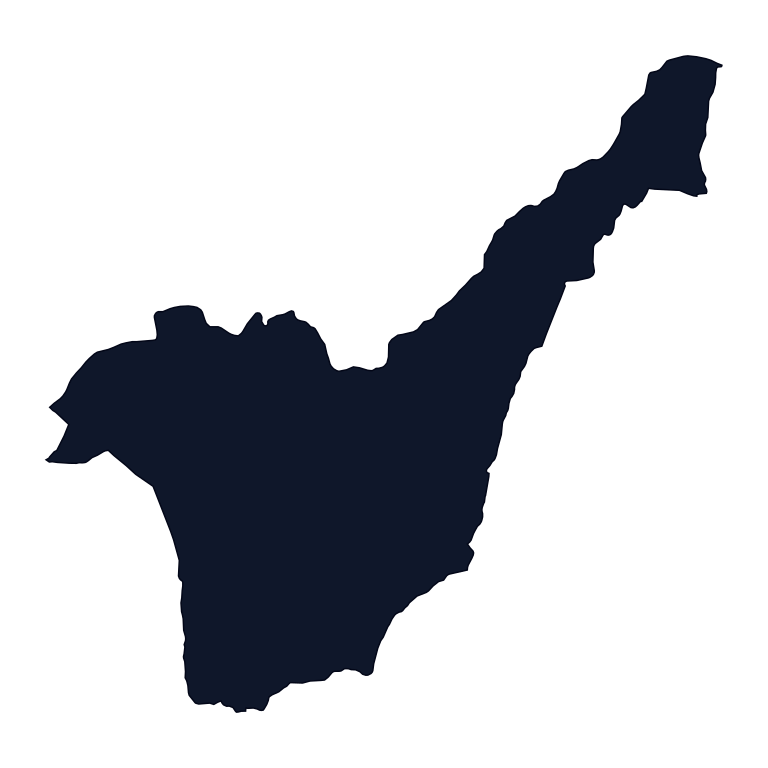 Guachapala, Azuay, Ecuador (Natural Earth projection)
{"feature_id": "8360857B86752754342516", "entity_name": "Guachapala", "entity_type": "district", "adm_level": 2, "iso_a3": "ECU", "parent_name": "Ecuador", "parent_adm1": "Azuay", "projection": "natural_earth1", "projection_center": [-78.692, -2.767], "detail": "fine", "context": "isolated", "style": "filled", "palette": "ink", "viewbox_px": 768, "rotation_deg": 0, "n_neighbors": 0, "source": "geoboundaries", "source_scale": "gbopen_adm2", "svg_char_len": 6068}
<svg xmlns="http://www.w3.org/2000/svg" viewBox="0 0 768 768"><path d="M696.8,196.2L696.8,195.5L697.2,194.5L699.3,193.9L706.3,193.3L706.8,191.7L706.5,189.4L704.5,185.3L704.3,184.1L704.7,182.5L705.4,181.3L705.7,179.4L705.5,177.6L701.6,170.6L700.2,163.2L698.9,157.8L698.6,155.3L698.8,153.6L702.4,142.9L705.6,135.7L705.7,134.6L705.4,130.4L705.6,124.1L707.8,117.5L708.6,101.1L709.5,98.2L712.9,92.3L715.1,84.4L715.6,77.8L715.7,72.8L716.5,68.3L717.6,67.0L721.2,66.7L721.8,66.0L721.9,65.2L717.2,63.4L710.9,60.3L705.8,58.7L696.7,56.8L687.9,55.9L685.5,56.1L683.3,56.4L669.4,60.1L666.9,61.2L662.0,67.5L659.8,69.8L656.6,71.3L651.0,72.5L650.1,73.0L648.8,75.0L646.3,88.1L645.0,93.7L644.6,94.5L638.7,100.3L633.4,104.5L631.3,106.5L622.5,116.8L621.9,117.9L621.5,124.3L620.2,131.8L619.2,134.2L613.6,144.1L610.4,149.1L608.1,151.9L603.1,157.1L600.5,158.9L598.7,159.6L596.9,160.0L592.1,159.7L588.8,160.6L582.9,163.6L577.2,167.4L574.0,168.9L568.4,170.2L565.3,171.6L564.0,173.3L559.6,180.8L558.4,183.6L557.1,188.3L555.7,191.5L553.9,194.2L550.5,196.7L543.9,200.1L542.3,201.3L540.3,204.2L537.6,206.1L534.3,206.4L531.8,205.6L530.4,205.5L528.3,205.7L525.5,206.8L523.1,208.3L519.4,211.6L515.0,216.1L506.7,220.4L505.2,222.7L503.8,226.1L500.8,228.7L498.8,229.7L497.0,231.2L494.8,233.8L494.2,235.0L492.7,239.9L491.8,241.7L489.5,245.6L486.8,251.5L484.5,254.6L484.1,268.2L481.2,272.0L477.8,274.2L473.7,276.3L471.3,278.5L465.5,285.1L459.4,290.9L456.4,295.0L451.4,300.5L438.5,309.6L436.6,312.4L434.6,316.8L432.4,318.9L429.5,320.4L424.5,321.7L423.6,322.2L417.6,329.6L413.5,331.9L402.5,334.5L397.9,335.2L391.8,339.5L389.5,342.6L388.8,344.4L388.5,357.0L387.0,363.0L384.5,366.0L382.5,367.3L378.8,368.3L376.1,368.4L373.6,370.0L372.4,370.6L371.2,370.7L367.7,370.3L359.5,367.8L353.4,366.9L346.6,369.8L338.9,371.3L336.7,370.7L333.5,368.8L331.1,366.1L329.9,363.8L328.4,358.2L326.8,353.8L324.7,344.4L320.7,338.9L317.6,332.9L315.1,328.8L313.7,327.7L310.5,326.8L308.1,324.1L305.9,322.2L304.5,321.7L300.2,320.8L297.8,319.9L296.3,318.8L294.5,316.0L293.8,312.4L293.3,311.5L291.5,310.9L289.3,311.7L285.0,314.0L282.8,314.7L276.9,315.7L274.4,317.2L270.3,319.0L268.5,320.2L267.8,321.7L267.9,323.8L267.4,325.0L266.4,325.8L265.5,325.9L263.9,325.4L261.6,321.5L261.9,317.3L261.4,315.8L260.5,314.2L259.5,313.2L257.7,312.9L256.1,313.2L255.0,314.3L247.4,323.7L242.9,331.4L241.5,333.3L238.3,335.9L234.4,335.4L231.1,334.3L228.8,333.1L221.2,328.0L218.1,326.8L209.9,326.8L206.2,323.3L204.8,319.9L202.3,312.2L200.7,309.8L197.0,307.4L193.4,306.6L188.4,306.0L180.3,306.4L174.3,307.5L170.1,308.7L162.9,311.7L158.2,311.7L156.4,312.6L155.3,314.0L154.4,315.8L154.4,317.5L156.9,330.2L157.3,334.8L156.9,337.6L156.4,339.1L155.0,340.0L152.4,340.4L136.5,341.7L132.2,341.7L125.9,342.9L121.1,344.1L113.7,347.4L108.3,349.5L97.3,352.2L94.4,354.0L89.4,358.4L86.0,361.9L81.2,367.9L76.4,373.0L71.5,379.0L69.5,383.0L66.9,389.5L65.7,391.9L62.9,396.0L60.2,398.8L54.3,403.2L49.7,407.3L52.8,410.4L55.6,412.1L68.8,424.4L64.1,436.0L57.0,450.1L56.4,450.7L54.2,451.8L49.6,457.0L48.9,458.2L46.1,459.8L49.3,462.0L52.2,461.7L57.3,462.4L69.5,463.2L76.3,463.3L79.1,462.7L82.5,462.8L85.0,462.5L86.3,462.0L88.5,460.5L92.0,457.6L97.4,455.2L103.4,451.6L105.2,450.8L108.3,450.3L114.0,455.6L126.2,465.6L135.7,474.3L153.1,486.3L170.6,531.2L173.6,539.8L179.3,560.4L178.5,576.0L179.4,578.4L180.6,579.9L182.1,580.9L182.8,582.2L182.8,585.9L182.2,590.8L181.8,597.8L181.0,602.9L181.6,611.7L182.5,615.1L183.2,618.8L183.7,630.3L185.5,636.6L185.7,638.9L185.5,640.8L184.2,644.6L184.9,647.0L184.1,653.9L183.5,656.4L183.6,658.0L184.8,661.6L185.5,671.5L185.2,677.8L186.7,680.7L187.1,682.2L187.9,685.5L188.5,692.7L189.2,695.3L195.1,702.7L195.8,703.2L198.7,704.0L209.7,703.1L213.8,704.4L217.5,702.3L221.0,700.9L222.1,703.1L223.5,704.8L226.5,706.2L229.3,706.1L233.0,707.5L235.6,711.4L236.4,712.1L238.1,712.0L241.3,711.2L245.6,711.1L245.7,709.4L246.1,708.0L247.9,708.3L253.3,708.0L257.3,709.0L259.5,710.1L261.3,710.4L263.2,710.1L264.1,708.9L266.7,704.5L268.3,700.4L268.8,697.5L269.5,696.6L272.1,694.8L278.8,691.8L283.6,687.9L286.7,686.2L289.1,683.5L290.3,682.6L302.6,683.0L310.0,681.0L320.9,680.4L324.6,680.0L328.3,677.0L331.9,672.7L333.1,671.8L334.4,671.3L339.7,671.2L341.1,670.9L344.4,668.7L346.0,668.6L348.5,668.7L351.2,669.6L355.6,669.8L359.9,671.7L362.6,674.2L365.7,675.2L367.9,675.1L371.0,673.5L372.1,672.3L372.8,670.7L373.7,663.7L377.8,648.1L380.7,640.8L383.2,637.2L387.8,626.7L389.4,624.4L392.0,618.9L394.7,615.0L396.0,613.8L398.9,612.2L401.4,611.6L402.7,610.6L404.8,607.9L407.5,605.6L409.3,602.8L417.1,596.0L426.3,592.4L428.5,590.9L433.1,585.9L438.5,581.6L443.6,580.1L446.6,575.8L447.8,574.8L449.3,574.1L467.3,570.0L467.5,567.5L468.2,565.1L471.8,558.3L473.2,555.1L473.6,552.9L473.0,551.1L470.0,547.8L467.4,544.0L469.7,542.0L471.1,540.1L473.5,533.5L475.1,530.4L477.4,526.3L479.8,524.1L481.3,521.7L481.8,520.2L482.6,516.9L482.6,513.6L482.0,511.3L481.9,509.5L482.2,507.5L483.6,503.5L484.4,502.1L485.1,496.3L485.5,495.7L488.8,476.7L489.0,473.4L487.0,472.6L486.5,471.4L486.4,470.1L487.0,468.8L489.9,465.5L492.1,461.9L494.3,459.8L495.1,458.3L496.4,454.8L497.5,448.5L501.3,434.6L502.3,424.0L502.7,421.7L503.3,420.1L505.7,415.6L506.3,412.8L507.7,410.5L508.3,408.5L508.9,403.4L510.3,398.5L512.0,396.4L513.7,393.4L514.5,389.6L514.5,387.5L514.9,385.7L515.7,383.9L518.9,379.3L520.1,376.4L520.7,371.6L524.4,366.5L525.9,363.4L527.8,356.0L529.0,353.9L531.1,351.3L534.1,348.4L536.5,347.5L541.8,346.2L546.3,333.9L556.8,307.3L560.4,298.7L565.2,286.0L564.4,284.1L564.7,282.5L565.4,281.7L566.8,281.0L576.8,280.5L588.4,277.9L589.9,277.3L592.4,275.6L593.4,274.4L594.2,272.3L594.3,270.9L592.9,262.1L593.3,248.2L593.7,245.8L595.0,243.6L600.6,239.3L603.2,234.8L604.0,234.3L604.9,234.2L607.3,235.0L608.5,235.1L609.7,234.8L610.7,234.2L611.6,233.1L612.4,231.6L613.7,228.0L614.6,220.3L615.9,218.0L619.0,215.4L619.9,214.1L621.1,211.1L622.5,205.8L623.6,204.2L625.1,204.1L626.1,204.4L631.0,207.6L633.1,207.8L635.3,206.9L637.1,205.3L640.1,201.9L640.7,201.3L641.7,201.4L646.6,193.1L648.5,188.3L654.7,189.1L679.5,190.3L687.5,193.7L693.6,195.8L696.8,196.2Z" fill="#0f172a" stroke="#020617" stroke-width="1.5"/></svg>